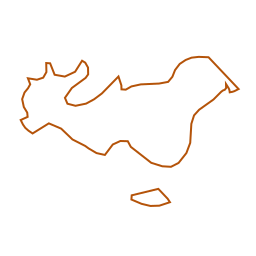 the Overseas department of Mayotte, rotated 94°
{"feature_id": "FRA-4602", "entity_name": "Mayotte", "entity_type": "Overseas department", "adm_level": 1, "iso_a3": "FRA", "parent_name": "France", "parent_adm1": "", "projection": "orthographic", "projection_center": [45.141, -12.818], "detail": "fine", "context": "isolated", "style": "outline", "palette": "amber", "viewbox_px": 256, "rotation_deg": 94, "n_neighbors": 0, "source": "natural_earth", "source_scale": "10m", "svg_char_len": 1166}
<svg xmlns="http://www.w3.org/2000/svg" viewBox="0 0 256 256"><g transform="rotate(94 128 128)"><path d="M148.9,68.0L159.3,75.1L163.7,82.4L163.8,91.1L161.1,102.4L146.6,123.9L141.2,127.3L141.5,134.7L145.5,142.0L156.5,149.2L155.2,157.7L151.1,165.9L148.9,169.4L143.3,182.6L133.3,194.6L128.9,207.3L140.1,222.8L137.6,227.1L135.0,230.5L131.9,233.0L127.5,235.6L123.9,228.9L119.7,229.6L114.3,233.4L106.6,235.6L99.8,233.7L95.3,230.5L91.2,228.6L85.4,231.3L86.2,222.2L83.7,216.1L77.9,213.3L68.9,214.1L68.9,210.2L80.0,204.9L81.1,194.6L75.6,184.7L64.1,178.5L65.8,175.2L70.5,172.1L77.3,171.5L81.0,173.8L92.0,186.8L102.3,193.0L108.0,190.1L109.5,181.9L106.6,171.5L101.7,163.8L95.3,156.4L77.3,141.1L85.9,137.6L89.9,137.2L89.9,132.9L86.3,127.5L83.6,118.3L81.5,100.1L79.2,91.2L73.8,87.3L66.9,85.1L60.5,80.9L56.1,75.2L53.4,69.5L52.1,62.4L51.8,52.6L81.4,20.4L83.8,24.4L84.6,26.3L85.3,29.0L82.7,29.6L81.1,30.5L77.3,33.3L81.3,32.9L83.1,34.1L84.0,36.0L85.4,37.6L93.6,44.7L104.8,58.3L110.8,63.0L119.4,65.1L138.5,64.9L148.9,68.0ZM186.6,93.5L195.8,83.5L199.1,81.0L203.3,91.3L204.2,100.2L202.7,109.2L199.1,119.6L194.9,119.6L186.6,93.5Z" fill="none" stroke="#b45309" stroke-width="2"/></g></svg>